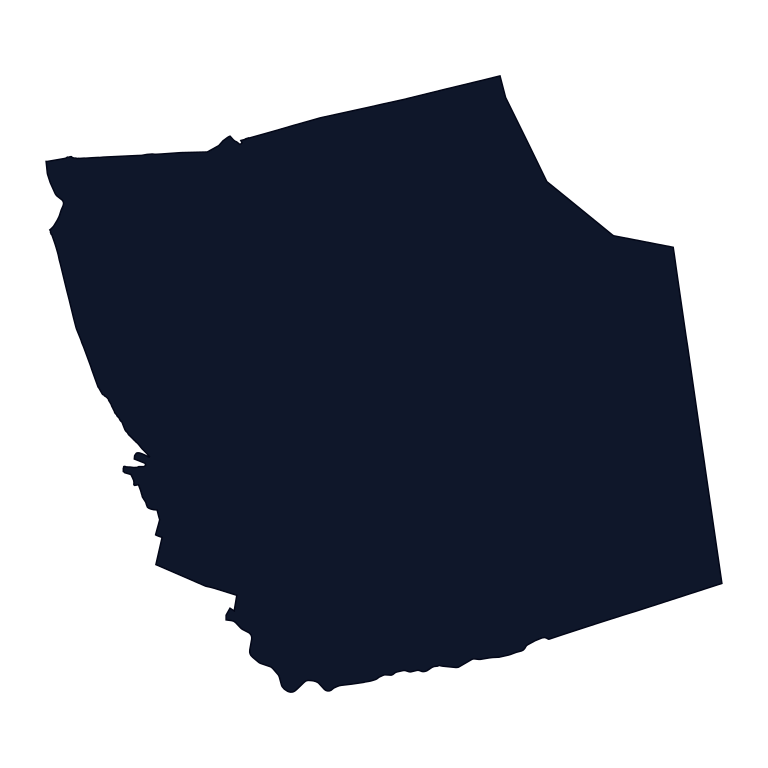 Gemert-Bakel, Noord-Brabant, Netherlands
{"feature_id": "6326949B55320992871196", "entity_name": "Gemert-Bakel", "entity_type": "district", "adm_level": 2, "iso_a3": "NLD", "parent_name": "Netherlands", "parent_adm1": "Noord-Brabant", "projection": "albers", "projection_center": [5.722, 51.541], "detail": "fine", "context": "isolated", "style": "filled", "palette": "ink", "viewbox_px": 768, "rotation_deg": 0, "n_neighbors": 0, "source": "geoboundaries", "source_scale": "gbopen_adm2", "svg_char_len": 5995}
<svg xmlns="http://www.w3.org/2000/svg" viewBox="0 0 768 768"><path d="M46.1,161.4L46.7,167.1L47.2,172.1L47.3,173.1L47.6,174.5L50.2,182.5L50.5,183.2L54.9,193.0L55.4,194.0L56.1,195.0L56.5,195.5L57.1,196.1L61.6,199.6L62.2,200.1L62.7,200.8L63.1,201.5L63.4,202.3L63.5,203.0L63.5,204.0L63.3,204.8L63.1,205.6L61.7,208.9L61.2,210.0L59.6,215.1L59.0,216.7L58.2,218.3L57.2,220.3L53.6,226.2L52.5,227.4L51.1,228.8L49.8,229.9L50.0,230.2L50.5,230.8L50.6,231.1L50.6,231.4L50.6,231.7L50.4,232.0L51.2,234.3L51.9,234.9L54.9,243.5L56.0,247.0L57.6,252.5L58.3,255.2L59.3,260.0L60.4,264.1L64.7,281.9L66.9,290.9L69.1,299.5L73.6,318.1L75.9,327.0L76.5,329.0L80.9,339.8L81.9,342.9L83.5,346.7L84.8,350.2L90.7,366.2L91.8,369.6L95.2,379.1L98.1,387.1L98.6,387.6L99.1,388.4L100.5,390.9L102.0,393.5L102.5,394.3L102.9,394.6L103.9,395.0L104.2,395.2L104.2,395.4L104.5,395.9L105.6,396.5L106.3,397.0L106.9,397.5L107.0,397.6L107.8,398.5L108.2,398.9L108.4,399.2L108.6,400.1L108.9,400.7L109.3,401.4L110.0,402.4L110.4,403.2L110.6,403.5L111.0,404.1L111.9,406.5L112.8,408.1L113.1,408.9L113.7,410.0L114.2,410.9L114.5,412.0L114.8,412.6L114.9,412.9L115.1,413.2L115.5,413.7L116.5,414.6L116.7,415.0L116.9,415.7L117.1,416.0L117.4,416.4L118.9,417.8L119.1,418.2L119.9,419.8L120.1,420.2L120.9,421.2L121.6,421.8L121.9,422.1L122.1,422.4L122.5,423.5L123.0,424.8L123.7,426.6L124.5,428.6L125.0,429.8L125.6,430.8L126.2,431.5L127.0,432.2L127.4,432.6L128.3,434.2L128.8,434.9L129.9,435.9L130.7,436.6L131.3,437.3L132.6,438.5L133.0,438.9L133.5,439.6L134.6,440.5L136.0,442.0L137.5,443.2L139.3,445.3L140.7,447.1L142.1,448.8L146.1,452.8L147.0,453.6L147.1,453.8L147.3,454.3L147.5,454.5L147.9,454.9L148.4,455.3L148.6,455.5L148.9,455.9L149.2,456.4L149.5,456.7L149.1,457.1L148.2,456.8L144.8,455.0L142.3,453.9L139.8,453.0L139.1,452.9L137.9,452.8L136.5,453.1L136.2,453.4L134.9,455.2L134.6,455.8L134.4,457.9L134.3,459.0L144.9,463.2L145.5,464.5L145.6,465.1L144.8,466.1L143.8,466.6L140.3,466.6L138.9,466.6L138.1,466.9L137.6,467.2L136.8,467.4L133.6,467.5L129.7,467.0L128.9,467.1L128.5,467.0L126.2,466.9L125.6,466.6L124.7,466.4L124.1,466.4L123.7,466.7L123.7,467.0L123.5,468.2L123.3,468.3L123.3,471.4L123.6,471.4L124.1,472.1L124.7,472.7L130.6,474.4L131.0,474.7L132.2,477.1L133.7,480.5L134.0,482.9L133.8,484.3L134.1,484.9L134.2,485.2L134.5,485.4L134.8,485.4L138.5,484.7L139.3,487.0L140.5,490.2L141.0,491.8L141.5,493.8L141.9,494.8L142.2,496.3L142.5,497.2L142.8,497.6L143.1,498.1L144.1,499.7L144.9,500.9L145.8,502.4L146.5,504.8L146.8,505.5L147.3,506.9L147.8,507.5L148.5,507.9L148.8,508.2L149.3,508.4L150.3,508.8L151.1,509.1L153.6,509.7L156.5,509.9L157.2,510.2L157.3,510.8L158.5,515.5L158.8,516.7L159.7,519.7L158.4,524.6L156.8,530.3L155.6,534.8L156.2,535.2L158.4,536.1L162.1,537.4L155.9,564.6L205.5,586.1L206.6,586.4L210.4,587.2L214.8,588.4L217.6,589.3L236.8,595.3L234.3,610.2L234.3,610.9L233.5,610.5L230.0,608.2L227.3,613.0L226.1,615.2L226.1,619.9L231.5,620.6L233.7,621.2L235.6,622.6L240.6,627.9L241.6,628.8L242.7,629.5L248.3,632.4L249.5,633.1L250.9,634.8L251.1,635.2L251.7,636.9L251.7,639.1L249.8,649.8L249.7,652.1L250.1,653.8L250.9,655.4L252.7,657.3L258.9,662.5L259.5,662.8L259.9,663.1L260.9,663.5L270.3,666.7L271.3,667.2L272.1,667.9L272.7,668.4L277.8,674.3L278.2,674.8L278.7,675.5L279.0,676.3L279.3,677.0L281.2,684.0L281.6,685.4L282.1,686.5L282.5,687.0L283.7,688.4L284.2,689.0L284.9,689.5L287.6,691.3L288.7,691.7L289.4,691.9L290.3,692.1L291.2,692.1L292.6,692.0L293.2,691.8L294.5,691.2L295.6,690.4L297.3,688.9L299.9,686.4L303.7,682.7L305.0,681.6L305.3,681.3L306.3,680.8L306.8,680.7L307.6,680.5L308.3,680.4L311.2,680.6L313.2,680.8L316.0,681.6L316.4,681.8L318.3,682.8L318.7,683.2L324.3,689.3L325.6,690.3L327.0,690.8L327.5,690.9L328.8,690.9L329.3,690.9L329.6,690.8L330.5,690.5L331.0,690.3L331.5,689.9L333.7,688.1L334.1,687.9L336.9,686.6L339.3,685.7L341.5,685.3L351.9,684.1L363.6,682.4L364.0,682.3L364.9,682.0L368.7,681.4L370.7,681.0L372.8,680.4L375.0,679.7L376.0,679.3L377.4,678.5L378.7,677.4L379.6,676.9L381.6,676.0L382.4,675.6L383.6,675.1L384.3,674.9L385.0,674.8L390.2,675.1L391.0,675.1L391.4,675.1L391.9,674.9L392.7,674.6L393.0,674.4L395.3,672.6L395.9,672.3L397.1,671.9L402.9,670.6L403.8,670.5L405.1,670.5L409.2,671.8L409.6,671.8L410.4,671.9L411.1,671.8L416.9,670.4L417.9,670.3L418.9,670.4L419.9,670.7L421.7,671.4L422.8,671.6L423.6,671.6L424.4,671.5L425.3,671.3L426.0,671.1L426.8,670.8L427.5,670.4L431.9,667.4L432.6,667.1L433.3,666.8L434.1,666.5L437.7,666.1L439.1,665.4L441.1,665.9L442.9,666.2L456.0,667.5L457.3,667.4L458.4,667.2L459.3,666.7L471.7,659.5L472.3,659.2L472.9,659.0L473.5,658.9L474.6,658.9L478.8,659.4L480.2,659.4L489.2,657.9L492.5,657.5L499.1,657.2L499.9,657.0L508.3,655.1L510.4,654.5L515.2,652.7L516.3,652.3L521.6,650.9L523.3,650.0L524.7,648.5L525.8,646.6L526.5,645.6L527.6,644.8L535.1,640.7L542.0,637.9L544.6,637.5L546.6,638.1L547.5,638.7L548.6,639.2L549.8,639.0L550.2,638.8L556.2,636.8L563.7,634.3L594.7,624.2L623.8,614.9L632.3,612.3L635.3,611.4L721.9,583.4L705.3,469.2L705.2,468.6L704.6,464.1L700.8,438.1L687.6,346.3L686.1,336.7L679.0,287.7L676.2,268.2L674.5,256.0L673.2,247.3L613.8,235.8L612.7,235.2L567.8,198.6L546.8,181.6L529.4,145.8L523.9,134.6L505.6,97.5L500.0,75.9L479.7,80.9L446.5,88.9L407.1,98.6L405.8,99.0L382.5,104.1L367.6,107.5L359.3,109.3L344.7,112.5L323.6,117.1L320.0,117.9L311.3,120.4L293.8,125.3L274.3,131.0L265.8,133.4L250.4,137.7L248.7,138.2L248.6,137.9L246.0,138.7L246.1,138.9L245.1,139.2L245.1,139.4L240.8,140.5L242.1,142.8L240.7,144.0L240.1,144.4L239.9,144.4L239.6,144.3L238.6,143.4L236.7,141.9L234.9,141.1L233.4,139.9L230.1,136.2L229.4,136.4L227.6,137.4L224.0,140.1L223.2,140.6L218.8,145.6L207.2,152.0L181.1,152.6L161.2,154.0L155.8,154.3L155.0,154.3L152.1,154.0L151.3,154.1L147.0,154.4L142.1,155.3L141.3,155.4L137.6,155.5L103.4,157.1L99.5,157.5L98.6,157.4L92.7,157.7L85.4,158.2L84.3,158.1L79.9,158.4L78.0,158.3L77.0,158.6L76.3,158.2L76.0,158.1L74.3,158.1L72.0,157.5L71.6,156.7L70.3,156.7L68.6,157.2L68.0,157.2L67.4,157.1L66.3,157.8L65.8,158.2L63.3,158.7L47.6,161.4L46.1,161.4Z" fill="#0f172a" stroke="#020617" stroke-width="1.5"/></svg>